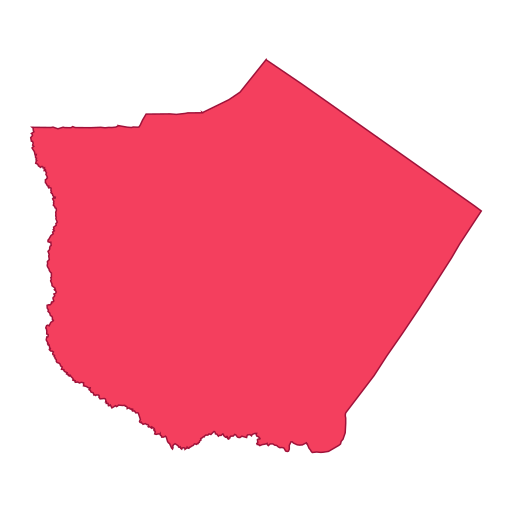 the district of Same, Kilimanjaro, United Republic of Tanzania
{"feature_id": "72390352B83063272545753", "entity_name": "Same", "entity_type": "district", "adm_level": 2, "iso_a3": "TZA", "parent_name": "United Republic of Tanzania", "parent_adm1": "Kilimanjaro", "projection": "albers", "projection_center": [37.677, -4.203], "detail": "fine", "context": "isolated", "style": "filled", "palette": "rose", "viewbox_px": 512, "rotation_deg": 0, "n_neighbors": 0, "source": "geoboundaries", "source_scale": "gbopen_adm2", "svg_char_len": 5866}
<svg xmlns="http://www.w3.org/2000/svg" viewBox="0 0 512 512"><path d="M32.2,127.3L33.2,128.1L33.2,130.0L33.9,131.8L31.4,133.5L32.2,134.2L32.5,135.5L30.7,137.6L31.4,141.2L32.5,141.3L33.2,143.2L32.6,145.2L33.8,146.3L32.1,147.7L32.1,148.1L34.4,151.7L35.0,154.7L36.3,154.5L36.2,155.1L35.5,155.7L35.5,156.7L35.6,157.7L36.5,158.2L36.0,159.9L36.8,160.5L36.2,161.3L35.7,163.3L37.7,164.2L38.5,166.0L39.6,166.4L40.3,167.4L42.0,166.4L42.9,167.0L43.2,168.0L44.5,167.7L44.2,170.3L45.4,169.7L45.6,170.3L45.3,171.1L46.5,172.8L45.9,174.3L47.3,176.9L47.4,178.0L46.8,178.2L46.5,179.2L45.4,179.7L45.4,182.7L46.3,183.5L46.6,184.5L47.5,185.8L48.8,186.2L48.3,187.0L48.7,187.9L50.1,187.7L51.1,188.2L50.9,190.4L51.4,191.3L50.9,192.3L51.5,193.3L52.2,193.5L52.8,195.5L53.9,196.9L55.3,197.2L55.0,198.2L53.4,197.8L52.6,198.8L53.9,201.4L53.5,202.7L53.8,203.7L53.3,205.2L54.7,206.5L55.1,207.9L56.2,208.3L56.4,210.5L55.7,212.2L55.9,214.0L55.7,216.0L56.2,217.1L55.9,218.8L57.1,221.7L57.1,222.5L55.9,223.5L56.2,225.3L53.6,227.2L54.0,228.7L53.2,229.6L54.3,230.8L52.6,232.1L53.2,233.8L50.9,235.6L48.8,239.3L48.0,240.1L48.0,241.7L49.9,242.4L50.8,242.2L51.2,245.5L50.1,246.2L49.6,248.0L49.8,248.8L49.2,250.1L48.0,251.3L49.2,254.5L48.7,255.9L49.3,259.5L47.4,261.5L47.6,264.0L47.2,265.1L47.5,266.7L49.1,269.3L49.3,270.5L50.6,272.4L51.4,273.0L51.4,277.1L50.8,277.6L51.3,279.3L50.6,280.8L51.9,283.8L52.0,285.7L55.0,288.1L55.1,288.9L54.3,289.6L54.5,289.9L55.3,289.3L55.4,289.5L55.5,290.8L56.2,291.8L56.0,292.7L55.3,293.5L53.9,294.0L54.7,295.7L54.3,296.5L53.1,297.5L53.0,298.6L53.8,301.0L53.0,301.8L51.8,301.9L51.4,302.3L51.7,303.2L50.0,304.9L48.9,304.7L47.1,305.3L47.2,308.1L48.4,309.9L48.0,311.4L49.7,313.0L50.4,315.5L51.9,316.4L52.4,317.7L52.4,319.6L53.4,320.3L53.2,320.8L50.8,322.4L49.1,325.8L47.9,325.1L46.6,325.6L45.8,327.7L45.9,328.3L46.3,328.6L46.8,331.1L46.7,334.0L48.1,334.5L48.2,336.0L47.7,337.0L46.8,336.9L46.2,339.9L48.1,343.3L47.6,343.8L48.3,345.1L49.1,345.0L49.7,347.8L50.4,348.4L50.2,349.0L49.4,349.2L49.3,349.6L50.7,351.0L52.3,351.2L53.4,351.9L52.7,353.4L52.9,354.6L54.5,355.4L54.1,356.6L55.1,357.5L55.1,358.6L56.3,359.6L56.3,361.4L57.1,362.5L59.1,363.2L60.1,364.1L60.6,365.9L62.2,367.0L61.5,369.3L63.9,369.6L63.9,370.7L64.9,371.7L65.9,372.0L66.2,372.6L67.1,372.7L66.6,374.0L68.3,374.5L68.3,375.5L69.4,376.0L69.8,375.2L70.4,375.3L70.8,376.3L72.8,378.3L73.1,379.1L72.8,380.1L73.3,380.3L73.7,379.9L74.3,380.6L75.1,380.7L75.0,381.6L75.3,382.3L77.8,382.1L79.5,383.0L81.3,382.3L83.6,382.8L83.5,384.1L83.8,384.9L83.5,385.8L86.4,386.5L88.7,388.0L90.2,387.8L90.0,388.8L89.1,389.7L90.5,390.6L90.8,391.8L91.3,392.2L93.1,392.7L94.0,395.1L94.6,394.8L95.7,395.5L96.4,394.9L98.7,395.1L99.2,396.0L98.9,397.1L100.1,398.9L104.3,398.5L105.4,399.0L105.9,400.7L105.6,401.9L106.4,401.8L106.5,402.0L106.3,403.4L108.0,403.4L108.4,405.7L108.9,405.8L110.3,404.9L111.9,407.9L115.6,405.7L116.4,406.6L117.5,406.1L118.5,405.1L122.8,405.5L124.3,405.3L125.0,405.5L125.3,406.2L126.2,406.3L127.2,407.2L127.2,408.6L128.7,408.0L129.6,408.1L130.1,409.0L130.7,409.0L131.4,409.6L131.7,409.0L132.7,409.2L132.6,411.0L134.5,411.0L135.8,412.9L137.3,412.7L138.3,413.1L140.4,419.4L139.5,421.3L139.9,422.2L140.3,422.5L141.2,422.2L141.3,422.8L142.6,423.6L143.0,424.3L145.4,423.6L146.6,424.5L148.0,424.6L148.5,425.4L148.1,426.6L148.6,427.0L149.5,426.7L150.0,427.0L152.3,428.7L151.7,427.7L151.8,426.9L153.5,427.9L154.3,428.7L153.9,429.5L154.6,430.0L154.1,430.6L155.3,431.6L154.7,433.9L156.1,434.4L158.2,433.9L160.0,434.1L160.2,433.7L160.5,435.4L161.4,435.8L161.7,437.1L163.5,437.1L165.5,436.2L166.3,437.2L167.6,441.6L168.6,443.0L169.5,443.4L171.5,447.9L172.5,449.0L173.0,447.7L172.8,445.9L173.6,444.7L175.1,443.7L178.2,445.8L178.6,447.0L179.3,447.3L180.2,446.8L180.7,448.3L181.7,449.1L182.1,448.0L183.5,447.7L184.9,448.2L185.0,449.3L186.8,448.0L187.1,447.1L188.0,448.2L188.9,448.3L189.4,447.3L190.6,447.0L191.3,446.3L193.2,445.4L194.3,444.0L194.7,443.8L196.6,444.4L197.1,443.7L198.1,443.6L198.3,442.8L199.3,442.3L199.7,440.9L201.0,440.0L200.7,438.6L202.4,437.7L203.4,436.7L204.2,436.8L204.2,436.4L205.7,435.1L207.9,435.1L209.0,433.9L210.9,434.5L213.9,431.5L214.5,431.6L215.1,432.3L215.5,433.9L216.8,434.1L218.4,436.2L219.3,435.4L221.1,435.4L222.6,434.0L223.3,434.2L223.7,435.6L225.5,437.2L226.2,437.3L226.6,436.5L227.2,436.5L227.6,438.4L228.3,439.1L228.9,438.9L228.9,438.1L229.9,437.9L230.2,436.6L230.6,436.2L233.4,436.0L234.7,434.4L235.7,434.8L237.5,437.1L238.9,437.5L240.0,437.5L241.9,436.2L246.6,437.5L247.1,435.5L247.6,434.9L250.0,434.6L251.5,435.8L251.8,434.9L253.2,434.0L255.0,433.4L256.6,433.4L256.1,434.5L256.9,436.2L258.4,436.7L260.0,438.4L260.0,438.8L259.5,439.1L258.3,439.0L257.4,439.6L257.8,442.7L256.8,443.4L257.2,444.5L258.9,444.6L259.3,445.4L259.8,445.6L262.3,444.6L265.2,444.1L267.1,443.4L267.2,444.4L268.3,445.6L270.2,443.9L272.8,443.9L274.8,445.2L276.6,445.4L278.3,446.9L279.9,447.7L281.7,447.5L283.4,447.8L284.1,448.3L285.6,451.0L287.3,451.5L288.5,451.1L289.3,449.1L289.3,445.3L291.0,441.8L292.4,441.9L293.3,443.0L297.2,444.8L299.6,445.1L302.3,444.9L306.4,442.8L306.9,444.0L307.2,443.9L309.0,448.2L310.6,450.2L311.2,451.4L312.3,452.5L316.6,452.0L320.8,452.4L323.3,452.2L328.5,451.4L338.8,445.4L340.5,444.0L341.2,441.3L343.0,439.2L345.2,432.8L345.7,423.4L345.7,418.0L345.3,415.9L345.4,413.9L345.8,412.7L374.0,375.7L387.0,355.6L402.5,333.3L419.4,308.1L451.6,257.8L459.8,243.7L481.3,211.0L474.5,205.9L324.1,99.7L301.9,84.1L266.4,60.0L266.2,59.5L240.1,92.1L228.9,99.7L202.5,112.6L202.2,112.4L202.4,112.8L187.7,112.9L185.3,113.4L176.4,114.4L170.0,113.9L146.1,114.1L142.6,120.0L140.1,125.4L138.8,127.1L137.3,127.2L133.2,127.0L131.4,127.5L127.4,127.2L118.3,125.6L118.4,125.8L115.8,127.1L111.8,127.5L108.6,127.4L105.1,127.8L100.8,127.3L90.7,127.7L76.2,127.6L74.9,127.5L72.7,126.6L71.2,127.6L70.2,127.7L64.8,127.6L63.1,127.2L57.9,128.8L53.0,127.1L51.0,127.5L32.2,127.3Z" fill="#f43f5e" stroke="#9f1239" stroke-width="1.5"/></svg>